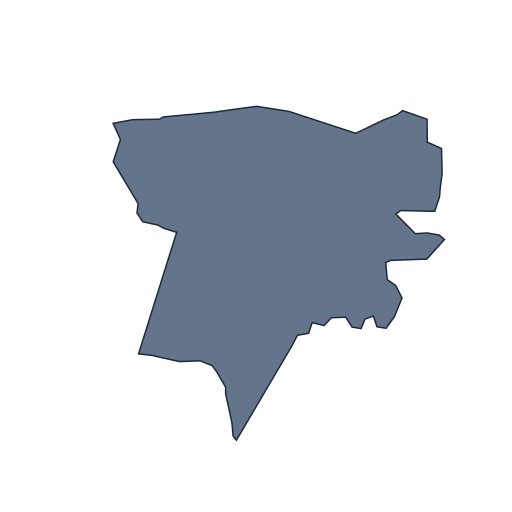 Abala, Tillabéri, Niger, rotated 287°
{"feature_id": "23599985B96366222257755", "entity_name": "Abala", "entity_type": "district", "adm_level": 2, "iso_a3": "NER", "parent_name": "Niger", "parent_adm1": "Tillabéri", "projection": "mercator", "projection_center": [3.603, 15.017], "detail": "fine", "context": "isolated", "style": "filled", "palette": "slate", "viewbox_px": 512, "rotation_deg": 287, "n_neighbors": 0, "source": "geoboundaries", "source_scale": "gbopen_adm2", "svg_char_len": 990}
<svg xmlns="http://www.w3.org/2000/svg" viewBox="0 0 512 512"><g transform="rotate(287 256 256)"><path d="M74.1,291.1L180.0,316.5L192.3,318.8L197.4,328.9L208.7,329.2L209.4,341.4L219.0,346.2L223.7,359.7L216.1,368.6L217.3,377.7L227.6,378.7L232.8,385.8L223.7,392.4L224.9,401.5L238.4,406.1L258.6,407.9L268.6,398.2L271.8,388.4L287.6,382.0L291.2,386.1L303.0,420.3L326.9,431.4L329.6,425.1L328.1,413.0L323.9,401.8L337.1,377.4L341.8,381.2L351.0,413.9L366.3,414.2L376.4,412.0L388.5,410.1L413.0,402.0L415.0,386.5L436.8,379.6L437.9,353.7L432.4,349.7L423.8,338.7L422.1,336.8L414.7,328.8L402.5,315.5L403.9,245.2L399.3,212.8L387.8,187.7L381.3,174.0L361.8,126.5L358.6,123.7L350.3,98.2L341.1,80.6L327.8,92.3L304.3,91.9L271.6,128.0L262.3,129.6L255.6,137.7L256.9,152.7L255.5,160.4L255.4,173.2L128.1,172.3L130.6,185.9L131.4,198.1L132.7,213.9L139.4,233.1L138.3,246.2L133.7,252.3L121.8,265.2L115.2,267.3L99.6,276.1L88.9,282.0L77.0,286.8L74.1,291.1Z" fill="#64748b" stroke="#1e293b" stroke-width="1.5"/></g></svg>